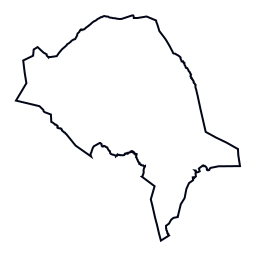 outline of Rennebu nor, Sør-Trøndelag, Norway
{"feature_id": "86288312B5203152162858", "entity_name": "Rennebu nor", "entity_type": "district", "adm_level": 2, "iso_a3": "NOR", "parent_name": "Norway", "parent_adm1": "Sør-Trøndelag", "projection": "orthographic", "projection_center": [9.897, 62.766], "detail": "fine", "context": "isolated", "style": "outline", "palette": "ink", "viewbox_px": 256, "rotation_deg": 0, "n_neighbors": 0, "source": "geoboundaries", "source_scale": "gbopen_adm2", "svg_char_len": 5563}
<svg xmlns="http://www.w3.org/2000/svg" viewBox="0 0 256 256"><path d="M240.0,166.1L238.3,155.2L238.0,150.1L238.0,149.1L226.7,142.7L215.9,137.5L205.7,131.9L200.5,109.2L197.7,96.1L196.4,90.6L196.4,90.2L196.2,89.8L195.5,87.4L195.4,86.0L195.6,85.1L195.6,84.9L195.1,84.5L194.7,83.6L194.4,83.3L193.8,82.9L193.5,81.9L193.7,81.4L193.4,80.9L193.2,80.6L192.9,80.3L192.8,79.8L192.1,79.3L192.2,79.0L191.9,78.4L191.6,77.9L191.4,77.9L191.5,77.7L191.1,77.4L190.8,76.8L190.8,76.6L190.8,76.4L190.5,76.2L190.7,75.7L190.7,75.4L191.0,74.9L190.6,74.4L190.6,74.1L190.7,73.9L190.2,73.4L190.1,72.9L189.7,72.0L189.3,71.8L188.7,71.1L188.6,70.5L188.4,70.3L187.7,68.9L187.2,68.1L186.3,68.0L185.8,67.7L185.6,67.1L185.6,66.9L185.5,66.3L184.5,64.8L184.5,63.9L184.0,63.3L184.1,63.2L184.4,63.0L184.4,62.8L184.3,62.7L183.8,62.6L183.1,61.4L182.4,61.7L182.2,61.4L181.6,61.3L181.5,60.8L181.4,60.3L181.2,60.0L180.7,59.1L180.6,58.6L180.6,57.9L180.4,57.7L180.5,57.4L179.4,56.3L178.1,55.5L177.7,55.1L176.7,54.7L175.7,54.1L175.5,53.8L173.7,53.5L173.1,53.1L172.6,51.8L169.7,46.2L166.9,41.4L165.1,38.6L159.3,31.0L158.7,28.8L157.2,24.1L156.3,21.9L156.1,20.5L146.6,16.5L137.5,18.0L133.8,18.0L133.6,16.1L133.4,15.7L133.1,15.4L132.3,15.4L121.6,18.9L119.7,19.0L116.1,18.6L115.6,18.3L112.7,18.1L112.0,17.8L110.0,17.6L109.3,17.4L108.7,17.0L108.0,16.6L106.8,16.5L106.5,16.6L104.2,16.0L103.0,16.5L102.6,16.6L102.4,16.9L101.6,17.2L101.1,17.1L100.6,17.3L100.3,17.6L97.5,19.1L95.5,20.7L94.4,21.1L92.6,22.3L90.3,24.4L89.2,25.2L88.5,26.0L88.1,26.1L86.3,27.5L85.8,27.7L85.5,28.2L84.4,29.2L84.1,29.2L83.7,29.5L83.0,29.6L81.4,29.5L81.4,29.8L81.2,29.7L81.0,29.8L81.0,30.0L80.9,30.1L80.5,30.1L80.4,30.0L79.9,30.6L79.5,31.5L79.3,31.9L78.1,33.0L77.6,33.5L77.3,34.2L77.1,35.5L75.3,38.9L75.0,39.2L74.1,39.3L73.9,39.5L73.3,39.7L71.5,40.8L70.7,41.8L68.8,43.3L67.2,44.2L66.8,44.9L66.4,45.5L61.9,49.4L58.6,53.4L56.8,56.1L54.2,56.5L50.0,57.1L48.5,56.9L48.4,57.3L46.7,55.5L46.6,54.3L43.5,52.6L37.6,47.1L33.7,49.5L33.1,55.7L23.2,60.5L24.7,72.8L26.4,83.2L16.0,100.6L39.5,106.2L43.3,109.9L43.6,111.2L44.5,112.1L50.9,114.5L51.3,121.9L53.2,122.9L54.4,123.9L55.1,124.7L55.6,124.5L57.4,125.7L57.8,126.7L57.8,126.9L57.5,126.9L57.4,127.0L57.5,127.3L57.4,127.6L57.5,127.8L58.3,128.2L59.0,128.2L60.1,128.5L60.3,128.3L60.8,128.4L61.1,128.8L61.4,128.9L61.6,129.2L61.6,129.5L61.8,130.1L62.1,130.2L62.2,130.5L62.3,130.8L62.5,131.0L63.3,131.5L64.0,132.3L64.3,132.3L65.1,132.8L65.5,133.6L66.2,134.0L75.6,145.6L91.1,156.5L90.7,155.5L90.6,153.8L90.8,153.1L91.3,152.6L91.6,151.4L92.9,147.7L93.8,146.3L99.7,143.0L100.2,143.0L100.5,143.3L100.8,143.4L101.0,143.7L101.4,143.9L101.5,144.3L101.5,144.5L101.7,144.8L101.7,145.0L101.6,145.3L101.6,145.5L101.7,145.8L102.3,146.5L103.0,146.5L103.4,146.4L103.8,145.9L104.4,146.0L105.6,146.6L105.7,146.9L105.9,146.9L107.1,147.4L107.1,147.6L107.5,147.9L107.5,148.2L107.7,148.6L107.9,148.9L108.1,149.5L108.9,150.3L109.1,150.7L109.7,151.0L109.6,151.3L109.9,151.5L109.9,151.9L110.2,152.5L110.2,153.1L110.8,153.9L112.7,154.7L113.5,154.7L113.8,154.9L114.9,155.3L115.3,155.6L116.3,155.4L116.0,155.8L116.0,156.1L116.7,155.4L117.2,155.6L117.5,155.3L117.6,155.2L117.4,154.6L117.5,154.4L118.2,154.8L118.9,154.9L119.3,155.1L119.9,154.9L120.5,155.2L122.0,155.2L122.6,155.3L124.1,155.1L124.5,154.7L124.7,153.9L125.1,153.5L125.4,153.5L125.8,153.8L126.0,153.6L126.2,153.3L127.0,153.1L127.3,153.3L127.4,153.7L127.7,153.8L127.9,153.7L128.1,153.2L128.2,152.7L129.2,152.7L130.4,152.2L130.6,152.0L130.3,151.8L130.4,151.6L131.3,151.9L131.3,151.7L131.7,151.2L132.0,151.0L132.5,151.2L132.7,151.6L133.1,151.7L133.3,151.9L133.3,152.2L133.0,152.3L133.0,152.5L133.4,152.6L133.8,152.2L134.1,152.3L134.4,152.9L134.1,153.2L134.1,153.5L134.3,153.6L134.6,153.2L134.7,153.3L134.9,153.9L135.0,154.0L135.3,153.7L135.7,153.8L135.6,154.1L135.2,154.3L135.2,154.5L135.4,154.6L135.6,154.3L135.8,154.2L135.9,154.4L135.7,154.8L135.9,155.0L136.2,154.4L136.6,154.3L136.6,154.6L136.3,155.4L136.3,155.7L136.2,156.7L136.0,157.1L136.4,157.4L136.8,158.1L136.9,158.9L137.3,159.4L137.4,159.5L137.4,159.9L137.8,160.3L137.9,160.9L138.1,161.6L138.4,162.0L138.7,162.3L139.0,162.9L139.3,162.6L139.5,162.7L139.5,163.4L139.4,164.0L140.5,164.3L140.8,164.9L141.3,164.8L141.9,165.3L142.3,165.5L143.2,165.4L143.9,166.1L144.7,166.3L145.0,166.1L145.0,166.4L144.7,166.8L144.6,167.3L144.1,167.9L143.9,168.5L143.8,169.4L143.6,169.9L143.5,170.6L143.7,171.3L143.7,172.3L143.5,172.7L143.5,173.4L143.1,174.6L142.8,175.0L142.8,175.3L142.5,176.3L141.8,176.6L154.6,186.2L150.8,199.4L152.3,205.3L155.1,217.7L157.2,225.7L159.0,233.5L160.9,240.6L169.0,235.5L168.3,234.8L168.3,234.6L168.1,234.6L167.9,234.2L168.2,234.2L167.9,233.7L168.0,233.6L167.4,233.1L167.3,232.7L167.4,232.4L167.1,231.7L167.0,231.2L166.8,230.6L166.5,230.3L166.3,229.8L166.3,229.4L166.3,228.8L166.1,228.6L166.0,225.8L169.0,223.6L171.0,219.9L173.4,217.9L177.8,217.0L177.7,216.1L177.9,215.8L178.1,215.7L178.2,215.4L178.2,214.9L180.8,204.2L184.6,198.1L186.4,188.9L189.0,183.1L192.7,180.5L193.1,180.2L192.9,178.8L192.9,178.5L192.8,177.4L193.2,177.4L193.4,178.1L194.1,178.1L194.0,177.2L194.6,177.2L195.4,176.9L195.9,176.4L195.5,173.4L195.7,172.9L195.7,172.4L195.6,172.1L195.5,171.2L195.4,170.9L195.0,170.5L195.8,170.6L196.1,171.6L196.3,172.0L196.5,172.5L198.2,172.1L199.7,171.3L198.9,168.5L201.6,166.5L202.3,166.1L202.4,165.7L203.1,165.4L203.7,165.5L204.1,166.2L204.9,166.0L205.4,166.4L206.3,167.2L206.9,168.4L207.0,168.9L206.8,169.2L206.8,169.4L207.0,169.7L207.0,169.9L207.5,170.2L208.1,170.3L209.2,170.0L209.3,169.4L210.0,168.6L210.1,168.3L210.5,167.9L218.5,166.3L240.0,166.1Z" fill="none" stroke="#020617" stroke-width="2"/></svg>